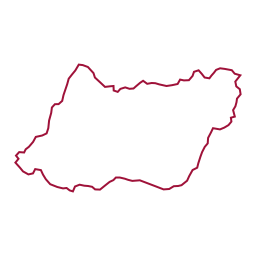 Califórnia, Paraná, Brazil
{"feature_id": "56859067B16760684583143", "entity_name": "Califórnia", "entity_type": "district", "adm_level": 2, "iso_a3": "BRA", "parent_name": "Brazil", "parent_adm1": "Paraná", "projection": "albers", "projection_center": [-51.334, -23.667], "detail": "fine", "context": "isolated", "style": "outline", "palette": "rose", "viewbox_px": 256, "rotation_deg": 0, "n_neighbors": 0, "source": "geoboundaries", "source_scale": "gbopen_adm2", "svg_char_len": 1572}
<svg xmlns="http://www.w3.org/2000/svg" viewBox="0 0 256 256"><path d="M23.0,171.4L28.4,174.4L33.0,173.4L35.2,169.1L40.9,170.1L43.0,174.6L45.8,179.2L50.2,184.2L57.3,187.0L63.0,188.4L66.6,188.0L69.7,190.4L72.9,191.4L75.0,186.5L79.6,184.7L84.3,185.7L88.1,186.0L92.1,186.8L95.1,189.4L100.0,189.6L105.2,185.4L109.6,181.9L113.4,180.1L115.9,177.5L119.7,177.5L124.8,178.7L128.0,179.8L132.3,180.9L139.8,180.3L155.3,186.2L163.6,189.4L169.2,189.0L173.8,186.2L178.1,186.0L181.5,185.2L187.1,180.7L189.2,176.1L192.6,170.0L197.2,167.7L198.3,163.3L200.5,156.5L202.1,152.1L204.8,146.8L207.7,143.4L208.1,137.9L211.0,132.4L213.0,128.2L220.0,129.4L224.3,127.6L228.5,125.1L231.4,121.6L230.9,117.7L234.8,116.6L233.1,110.1L235.4,106.3L236.5,102.2L237.0,98.6L240.6,94.3L239.8,89.2L236.3,86.4L235.3,81.6L240.3,75.3L234.7,73.7L231.8,70.2L224.7,68.9L220.1,68.3L216.1,69.9L213.9,72.8L211.5,75.5L209.4,78.3L204.6,77.5L201.8,73.9L198.6,70.3L194.0,71.8L192.6,75.9L188.9,80.2L183.9,80.4L180.1,79.6L177.6,84.0L171.9,85.2L166.5,86.0L159.3,84.4L155.3,83.2L151.7,83.0L147.2,83.8L143.1,80.8L140.1,82.8L136.1,86.2L133.5,88.5L129.5,88.8L125.2,87.4L120.4,88.9L117.7,91.9L113.7,90.5L113.5,86.0L110.1,86.3L105.0,86.9L100.2,82.4L94.9,77.5L93.5,73.1L87.9,67.0L82.8,65.1L78.8,64.6L75.3,70.5L72.0,74.5L68.7,78.7L67.2,84.2L65.4,89.5L63.5,95.1L62.2,100.9L58.6,104.1L54.9,104.2L51.9,107.5L51.2,112.9L49.1,120.5L48.3,128.2L46.6,133.4L42.2,135.5L35.8,136.9L33.1,141.9L28.9,146.8L25.7,149.3L24.1,152.5L19.2,152.1L16.0,155.6L18.5,158.8L15.4,162.6L19.9,167.6L23.0,171.4Z" fill="none" stroke="#9f1239" stroke-width="2"/></svg>